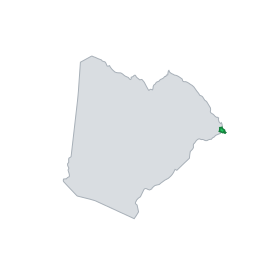 El Tarf highlighted on a map of Algeria, rotated 59°
{"feature_id": "DZA-2164", "entity_name": "El Tarf", "entity_type": "Province", "adm_level": 1, "iso_a3": "DZA", "parent_name": "Algeria", "parent_adm1": "", "projection": "robinson", "projection_center": [8.131, 36.681], "detail": "fine", "context": "in_parent", "style": "filled", "palette": "green", "viewbox_px": 256, "rotation_deg": 59, "n_neighbors": 0, "source": "natural_earth", "source_scale": "10m", "svg_char_len": 4264}
<svg xmlns="http://www.w3.org/2000/svg" viewBox="0 0 256 256"><g transform="rotate(59 128 128)"><path d="M182.0,46.6L182.1,47.1L182.2,47.5L181.4,48.0L181.0,48.2L180.4,49.4L179.4,50.2L179.2,50.4L179.2,50.6L179.9,51.0L180.1,51.3L180.2,51.8L179.9,53.4L179.5,56.3L179.5,57.0L179.8,57.7L180.0,58.3L180.1,59.0L180.0,60.6L180.3,61.5L180.6,62.4L180.0,63.5L179.7,64.5L179.5,65.8L179.5,66.7L179.1,67.5L178.5,68.3L177.9,68.7L177.2,69.1L176.4,69.7L175.7,71.1L174.2,72.3L173.9,72.7L173.7,73.6L173.8,75.0L174.0,76.0L174.7,77.5L175.4,79.3L175.5,80.1L175.8,80.4L176.6,81.0L178.2,81.8L178.5,82.1L179.2,83.2L179.9,85.3L180.2,86.7L182.8,88.9L185.4,90.8L185.6,91.1L187.0,97.5L187.5,99.7L189.4,107.9L188.6,108.4L187.7,109.0L188.4,110.1L189.6,111.9L190.3,113.4L190.6,114.0L191.2,115.8L191.6,117.6L191.7,118.1L191.9,119.5L191.7,123.2L192.1,127.9L192.5,130.3L191.8,132.4L191.2,134.5L191.3,135.5L191.6,137.1L191.9,138.3L192.4,138.9L192.3,140.9L192.1,141.6L190.8,142.6L189.3,143.6L188.8,144.4L188.7,145.3L188.9,146.0L193.3,152.7L193.4,153.4L193.5,155.3L194.2,157.7L195.0,158.8L195.3,159.5L195.9,160.1L196.4,160.5L196.8,160.5L198.7,159.9L202.0,161.0L205.2,162.1L205.4,162.3L207.3,165.9L208.9,169.4L173.4,193.6L169.5,197.2L160.4,206.3L159.7,206.7L147.6,209.4L141.3,210.7L141.0,210.8L140.6,210.8L140.4,210.8L139.8,210.6L139.2,210.0L138.7,209.8L138.6,209.3L138.9,208.8L139.2,208.2L139.3,207.8L139.6,207.5L139.8,207.3L139.8,206.9L139.6,206.4L139.4,205.6L139.4,204.1L139.5,203.5L138.9,202.9L137.8,202.3L136.8,202.0L136.3,201.8L135.2,201.6L133.7,201.2L133.1,201.0L132.2,199.6L131.7,199.3L129.4,199.1L128.6,198.8L128.0,198.5L127.5,198.1L127.2,197.3L127.1,196.7L126.9,196.5L124.3,195.0L123.7,194.5L123.4,194.1L123.4,193.4L123.4,192.6L123.3,191.8L123.2,191.5L79.1,157.6L76.7,155.8L71.4,151.9L47.1,134.9L47.6,122.6L47.7,122.0L47.8,121.8L48.6,121.3L49.9,120.3L50.4,119.8L51.0,119.4L53.1,118.0L53.6,117.6L55.6,116.0L56.1,115.7L57.2,115.6L57.7,115.3L58.3,114.7L59.2,113.9L59.8,113.6L60.3,113.5L62.2,113.7L62.9,113.8L63.9,114.0L64.2,113.9L64.4,113.7L64.8,113.1L64.9,112.5L64.9,112.0L65.0,111.8L65.1,111.7L65.5,111.7L66.1,111.8L67.2,111.8L67.6,111.7L68.8,111.6L70.6,111.2L73.2,110.4L74.4,109.5L75.3,108.5L76.3,107.0L77.1,105.8L78.6,105.0L79.9,104.5L80.6,104.3L82.2,103.6L84.9,101.7L87.1,101.4L87.3,101.2L87.7,100.9L87.7,100.3L87.4,99.9L86.9,99.6L86.6,99.4L86.3,99.3L86.1,99.1L86.3,98.5L86.3,98.0L86.5,97.6L86.5,96.9L86.2,96.2L86.1,95.7L86.2,95.2L86.3,94.8L86.8,94.6L87.3,94.5L88.1,94.6L89.3,94.4L92.6,93.2L92.9,92.9L93.1,92.1L93.4,91.3L93.7,91.1L93.9,91.0L96.5,90.6L97.1,90.5L102.0,90.8L106.1,90.9L106.5,90.7L106.5,90.2L106.3,89.2L106.5,88.6L107.1,88.1L107.9,87.4L107.5,86.7L106.9,86.2L106.1,85.5L105.7,85.3L105.0,84.5L104.5,83.7L104.3,81.9L103.7,80.9L103.4,79.7L103.8,77.4L103.3,76.0L103.2,75.4L103.2,74.7L103.4,73.5L103.4,71.8L102.8,70.1L103.1,69.5L103.3,69.1L103.2,68.9L102.7,68.3L102.4,67.9L102.6,67.4L102.9,66.8L102.9,66.5L101.9,65.8L100.4,64.5L99.9,64.0L99.7,63.3L101.3,63.5L102.1,63.4L103.9,62.6L105.4,61.5L106.6,60.9L107.6,59.7L108.5,59.0L109.8,58.2L113.6,56.4L114.2,56.4L115.4,56.8L116.5,56.7L117.2,56.1L118.1,54.6L119.3,53.7L120.9,52.8L123.0,51.9L124.4,51.1L126.6,50.4L132.0,50.0L134.8,49.6L136.7,49.7L138.6,48.4L139.6,48.0L143.7,47.9L145.7,47.0L153.1,47.0L154.0,47.3L154.9,47.8L156.4,49.0L157.1,49.2L158.1,49.0L160.4,47.8L163.0,47.3L164.4,46.6L165.0,45.6L166.2,45.2L166.9,46.0L169.5,46.8L171.1,46.5L171.9,46.3L171.6,45.2L173.3,45.5L174.6,46.0L176.0,47.1L176.9,47.3L178.6,46.8L182.0,46.6Z" fill="#d9dde1" stroke="#a8b0b8" stroke-width="1"/><path d="M182.2,46.6L182.2,46.8L182.2,47.0L182.5,47.4L182.5,47.5L182.3,47.6L181.8,47.8L181.5,47.9L181.3,47.8L181.0,47.9L180.7,48.0L180.9,48.3L181.1,48.5L181.0,48.8L180.9,49.1L180.7,49.3L179.8,49.8L179.3,50.0L179.1,50.1L178.9,50.3L178.9,50.7L178.7,50.8L178.4,51.1L178.2,51.3L177.9,51.4L177.8,51.5L177.7,51.4L177.6,51.0L177.5,50.7L177.4,50.6L176.0,49.9L175.9,49.8L175.8,49.7L175.7,49.5L175.6,49.4L175.4,49.2L175.0,49.1L175.1,48.9L175.3,48.6L175.4,48.3L175.5,48.3L175.5,48.2L175.8,48.0L175.8,47.1L176.2,47.2L176.6,47.3L176.9,47.4L178.0,47.1L178.3,46.9L179.4,46.4L179.5,46.5L179.8,46.7L180.1,46.7L180.3,46.7L180.4,46.8L180.5,46.7L180.6,46.8L180.8,46.9L181.1,46.9L181.4,46.9L182.2,46.6L182.2,46.6Z" fill="#22c55e" stroke="#15803d" stroke-width="1.5"/></g></svg>